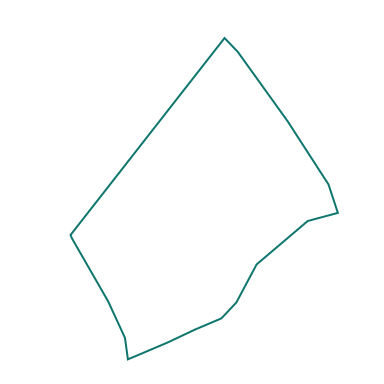 32, Ad Dawhah, Qatar (Albers equal-area conic projection), rotated 67°
{"feature_id": "91078587B42740082367526", "entity_name": "32", "entity_type": "district", "adm_level": 2, "iso_a3": "QAT", "parent_name": "Qatar", "parent_adm1": "Ad Dawhah", "projection": "albers", "projection_center": [51.478, 25.327], "detail": "fine", "context": "isolated", "style": "outline", "palette": "teal", "viewbox_px": 384, "rotation_deg": 67, "n_neighbors": 0, "source": "geoboundaries", "source_scale": "gbopen_adm2", "svg_char_len": 361}
<svg xmlns="http://www.w3.org/2000/svg" viewBox="0 0 384 384"><g transform="rotate(67 192 192)"><path d="M63.0,101.9L184.1,320.6L187.9,320.6L260.1,311.9L300.1,310.7L321.0,316.4L321.0,273.1L319.8,243.1L319.8,214.3L311.0,194.3L283.9,160.8L263.9,96.8L268.2,65.9L238.4,63.4L164.4,76.3L80.9,95.1L63.0,101.9Z" fill="none" stroke="#0f766e" stroke-width="2"/></g></svg>